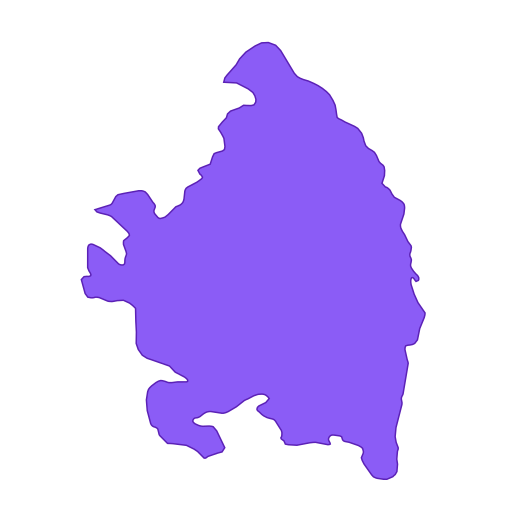 the border of Lara, rotated 94°
{"feature_id": "VEN-34", "entity_name": "Lara", "entity_type": "State", "adm_level": 1, "iso_a3": "VEN", "parent_name": "Venezuela", "parent_adm1": "", "projection": "natural_earth1", "projection_center": [-69.693, 10.08], "detail": "fine", "context": "isolated", "style": "filled", "palette": "violet", "viewbox_px": 512, "rotation_deg": 94, "n_neighbors": 0, "source": "natural_earth", "source_scale": "10m", "svg_char_len": 5423}
<svg xmlns="http://www.w3.org/2000/svg" viewBox="0 0 512 512"><g transform="rotate(94 256 256)"><path d="M449.7,312.2L449.0,325.6L449.0,328.5L449.1,330.9L449.1,331.2L441.9,339.4L441.0,340.1L435.4,341.9L434.4,343.1L433.8,344.6L433.5,346.0L433.0,347.2L432.3,348.1L431.5,348.8L430.4,349.4L417.8,353.7L407.2,355.3L398.9,354.6L396.5,353.9L394.8,352.8L392.8,351.0L389.2,346.9L387.7,344.6L386.9,342.5L386.9,340.9L387.4,338.0L388.2,335.4L388.4,334.1L388.2,331.2L387.1,325.7L386.4,316.5L385.9,315.5L384.5,315.5L383.2,316.7L381.8,318.7L377.5,328.5L371.8,334.6L366.8,352.9L365.6,357.5L362.9,362.5L357.5,366.9L351.6,369.4L340.3,370.0L329.5,371.3L323.1,371.9L316.6,372.5L313.9,375.7L311.8,378.8L309.4,385.2L309.8,388.3L310.2,391.4L311.2,395.2L311.5,396.6L311.5,399.7L311.3,400.9L308.4,409.5L308.2,411.8L308.3,413.5L308.8,414.7L309.1,416.1L309.2,417.7L309.0,419.3L308.8,420.9L305.4,423.8L291.7,428.6L288.6,426.1L288.1,423.3L288.1,421.7L287.7,420.4L287.1,419.5L286.0,419.4L284.6,420.1L282.5,421.6L279.4,423.1L260.4,424.4L258.8,424.3L256.9,423.7L255.8,422.1L255.6,420.7L255.9,419.2L258.7,412.0L260.6,409.0L262.0,407.1L265.9,401.1L273.5,392.5L274.0,391.3L274.3,390.1L274.3,388.7L274.0,387.5L273.0,386.6L271.5,386.4L269.2,386.5L267.6,386.4L266.2,386.1L263.9,385.4L262.6,385.3L260.7,385.9L253.7,389.0L251.5,389.2L250.0,389.1L248.9,388.0L248.3,387.3L246.8,385.7L245.0,384.2L244.1,383.7L242.4,384.3L240.4,386.1L226.7,402.9L226.0,404.5L225.3,406.8L224.0,414.5L223.1,417.8L221.0,419.9L215.4,405.4L214.7,404.2L213.5,403.2L206.5,400.0L204.5,398.0L202.8,392.2L199.1,377.6L199.0,376.1L198.9,374.4L199.2,372.7L199.8,371.0L201.3,369.3L202.4,368.2L209.8,362.5L210.7,361.5L212.0,360.5L213.1,360.0L214.3,360.0L217.8,361.0L219.0,360.9L220.1,360.5L221.0,359.9L224.4,356.6L225.0,355.6L225.3,354.3L224.7,352.2L224.1,350.7L223.5,349.4L220.8,346.5L212.5,339.4L211.4,337.1L210.3,335.1L209.5,334.2L208.7,333.5L207.8,332.8L206.2,332.2L204.2,331.8L196.2,331.5L194.7,331.1L193.3,330.4L191.8,328.7L186.5,320.1L185.9,319.4L185.3,318.6L182.8,315.7L181.9,315.1L181.0,314.9L179.8,315.8L178.9,316.6L178.2,317.7L174.6,319.9L172.4,318.1L170.8,314.9L167.6,308.1L160.0,306.2L156.8,304.9L155.7,302.7L153.6,296.8L152.0,294.9L149.0,294.6L140.9,296.2L138.8,297.4L135.0,299.9L131.8,302.4L129.6,302.4L124.8,299.0L120.2,295.2L116.2,294.3L113.2,291.5L109.5,283.0L106.5,278.9L106.5,276.4L106.3,271.4L105.4,268.6L102.5,267.0L99.8,267.0L96.3,268.3L93.1,270.5L89.8,275.5L84.7,287.4L84.9,300.3L80.6,299.5L77.4,297.4L66.6,289.1L60.5,286.1L53.3,280.3L46.5,271.5L43.0,265.3L42.2,258.6L44.4,251.1L49.4,245.7L71.0,230.6L74.2,227.3L75.6,224.4L76.7,221.0L77.8,216.0L79.9,210.2L81.7,206.0L84.2,201.4L85.6,199.4L87.1,197.2L90.0,193.9L95.4,190.1L100.0,187.6L104.7,186.4L109.0,185.5L112.2,184.7L113.3,183.0L114.4,180.1L116.2,176.4L117.3,173.4L119.8,166.8L121.6,163.4L126.2,159.2L130.5,157.2L133.8,156.3L138.4,154.2L140.9,151.3L142.7,147.6L144.3,145.1L147.3,142.9L153.2,139.9L154.8,138.3L156.7,135.5L158.2,134.4L161.8,133.6L166.9,133.5L174.7,135.4L178.2,131.7L178.4,130.4L179.5,128.6L181.0,126.9L184.7,124.7L187.8,122.1L190.4,116.3L191.6,114.3L192.4,113.4L193.2,112.6L194.1,111.9L195.7,111.4L197.7,111.1L203.8,111.4L214.3,114.1L216.0,114.0L218.0,113.5L221.3,111.6L224.3,109.3L231.0,105.5L234.9,102.1L236.4,101.6L239.4,101.8L241.2,102.1L242.7,102.6L244.0,102.7L245.5,102.4L247.4,101.3L249.1,100.7L251.6,100.9L253.3,101.2L255.2,101.1L257.1,100.2L260.1,97.9L262.8,95.2L263.5,94.3L264.3,93.4L265.3,92.7L266.4,92.1L268.1,92.0L269.0,92.3L270.2,94.6L268.5,96.2L267.7,96.7L266.9,97.5L266.6,98.4L266.9,99.3L268.0,99.7L269.3,99.9L271.3,99.8L273.7,99.3L283.0,95.6L291.2,91.2L301.0,83.4L303.0,83.4L305.7,83.9L316.9,87.6L328.4,89.1L332.0,91.5L332.7,92.5L333.4,93.9L334.1,96.5L334.3,97.9L334.7,99.2L335.2,100.4L336.8,100.9L338.9,100.9L348.7,98.0L351.2,97.0L352.5,96.7L383.4,99.7L384.6,100.1L385.7,100.6L386.9,101.0L388.4,101.1L392.3,100.1L394.0,100.1L417.4,104.4L426.5,104.6L432.1,103.2L437.3,100.8L438.6,100.7L441.0,101.3L448.8,101.4L453.8,100.3L461.2,100.4L464.3,101.9L465.4,103.1L466.6,104.1L469.6,109.9L469.8,113.2L469.3,119.6L469.0,121.0L468.1,123.4L466.2,125.4L456.0,133.7L452.5,135.8L449.9,136.8L445.4,135.3L444.6,135.2L443.7,135.2L442.6,135.5L440.4,136.3L439.2,137.9L437.9,140.6L435.3,150.2L434.8,154.4L434.3,155.8L433.3,156.8L430.3,158.0L429.6,159.9L429.2,165.8L429.3,167.7L430.0,169.2L431.7,170.5L433.2,170.9L434.5,170.8L437.4,169.1L438.4,168.8L438.9,169.6L439.2,171.1L437.7,183.6L438.0,186.2L438.6,189.5L441.9,202.0L442.0,210.5L441.6,213.6L438.5,215.2L437.2,217.3L436.7,218.0L435.7,218.5L434.4,217.9L432.9,217.7L430.4,217.8L428.3,218.5L419.3,225.1L418.1,226.4L417.5,227.9L417.0,230.9L416.4,233.7L415.9,234.9L414.9,237.2L413.6,239.2L411.4,241.8L410.4,243.3L409.7,244.0L408.7,244.4L406.9,244.0L405.4,242.7L401.5,236.0L397.3,232.9L395.6,234.4L394.3,236.2L393.8,237.2L393.5,238.3L393.4,239.2L393.3,240.3L393.7,243.5L394.0,244.7L395.6,248.5L399.2,254.3L399.7,255.4L400.9,257.5L407.8,265.1L413.1,272.8L414.2,274.9L414.7,276.2L415.1,277.7L415.2,279.1L414.3,290.1L414.4,291.7L414.7,293.0L415.1,294.3L415.7,295.4L417.0,297.3L420.1,300.7L420.7,301.7L421.3,302.9L421.8,305.3L422.1,306.0L422.7,306.7L423.7,307.3L425.2,307.6L426.5,306.7L427.7,305.0L429.0,301.5L429.5,299.2L429.6,297.3L428.9,290.8L429.0,288.2L429.3,286.8L433.2,283.0L449.4,273.8L453.8,276.2L455.3,280.6L459.3,290.0L460.8,291.7L461.2,292.6L461.2,293.7L455.1,300.6L453.0,304.2L449.7,312.2Z" fill="#8b5cf6" stroke="#5b21b6" stroke-width="1.5"/></g></svg>